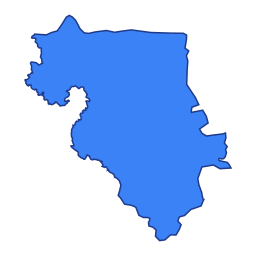 outline of Kolokani, Koulikoro, Mali
{"feature_id": "8926073B69551700582235", "entity_name": "Kolokani", "entity_type": "district", "adm_level": 2, "iso_a3": "MLI", "parent_name": "Mali", "parent_adm1": "Koulikoro", "projection": "mercator", "projection_center": [-8.433, 13.688], "detail": "fine", "context": "isolated", "style": "filled", "palette": "blue", "viewbox_px": 256, "rotation_deg": 0, "n_neighbors": 0, "source": "geoboundaries", "source_scale": "gbopen_adm2", "svg_char_len": 4375}
<svg xmlns="http://www.w3.org/2000/svg" viewBox="0 0 256 256"><path d="M34.7,34.1L34.0,35.0L32.4,36.2L32.2,36.3L31.9,36.8L31.6,37.6L31.7,37.9L32.2,38.1L33.8,38.2L35.1,38.1L35.8,38.7L35.6,40.8L35.2,41.8L36.9,43.3L37.7,44.7L37.6,46.3L39.1,47.9L41.1,48.0L41.4,48.6L41.1,50.3L41.4,51.6L41.4,53.1L41.3,53.8L40.5,56.9L41.3,58.5L41.7,59.4L42.0,62.4L42.6,63.2L41.7,63.6L40.7,64.0L39.7,64.8L39.4,65.0L38.8,65.0L38.7,65.0L37.8,63.9L36.0,62.7L34.6,62.4L31.6,62.0L31.3,62.2L30.8,62.4L30.5,63.4L31.2,64.9L31.5,65.7L31.6,67.9L31.4,69.3L32.5,72.3L32.5,72.8L32.3,73.2L31.6,73.0L31.3,72.9L31.1,73.1L30.0,74.4L29.4,74.7L28.7,74.7L28.2,74.7L28.1,74.8L27.8,75.2L27.9,75.7L29.6,77.1L27.6,79.3L26.9,79.7L26.2,79.7L25.3,79.6L25.2,79.7L25.0,80.1L25.3,80.9L26.0,81.6L25.8,83.3L26.3,83.7L27.4,85.5L28.0,85.5L29.1,86.2L28.6,85.3L28.6,85.1L29.2,84.8L30.3,85.2L30.9,85.0L31.3,87.7L32.2,88.6L34.0,89.6L34.9,90.0L35.2,89.8L35.9,89.1L36.7,89.6L36.8,91.3L37.3,92.4L38.1,92.6L38.5,93.9L37.9,94.7L38.3,95.0L39.0,95.3L40.7,94.9L41.5,94.2L42.4,93.6L42.1,92.8L42.6,92.5L42.7,92.4L43.3,92.3L43.7,92.6L43.7,93.4L42.5,94.7L42.3,95.5L43.2,95.6L44.0,96.7L44.3,97.9L43.8,98.8L44.4,99.5L44.8,100.0L46.5,99.7L47.4,99.9L47.6,100.6L48.1,100.9L48.3,103.5L49.2,103.4L49.2,104.3L50.3,104.0L51.2,104.5L51.6,104.7L53.4,104.0L54.8,103.2L55.5,102.5L55.3,102.2L55.9,102.1L56.3,102.1L57.1,103.0L57.8,103.7L59.4,104.9L60.1,106.0L62.0,105.6L62.8,105.5L64.7,105.4L65.7,104.1L67.1,103.3L67.1,102.3L69.1,101.2L69.1,100.6L68.2,100.1L67.7,100.5L66.7,101.1L65.0,101.4L64.6,101.2L65.0,98.6L65.5,98.0L67.1,97.2L68.4,96.5L69.4,94.5L69.0,93.7L69.0,92.6L67.1,91.7L66.5,91.1L67.1,90.6L68.9,90.2L70.0,89.4L70.9,87.4L71.8,86.5L73.6,86.6L75.1,85.9L76.1,86.3L77.8,87.8L78.1,88.0L78.9,88.6L81.4,86.9L82.1,87.0L82.3,87.0L83.0,87.0L83.7,87.9L83.9,89.1L84.1,90.1L84.7,91.1L85.6,91.6L86.6,93.9L87.3,94.2L86.5,95.9L86.1,97.2L86.6,97.6L87.8,97.9L89.2,99.1L90.0,100.4L89.4,101.1L89.3,101.6L88.4,101.2L88.2,101.0L86.6,100.9L86.0,101.2L86.7,103.0L87.1,105.0L87.8,106.5L87.0,108.4L85.6,108.0L85.4,109.2L85.8,110.3L85.0,110.5L83.6,110.1L82.9,110.9L82.5,111.4L83.2,112.6L82.3,113.3L80.9,113.2L80.4,113.8L80.2,114.6L80.2,115.5L81.0,116.3L81.1,119.2L80.7,119.9L79.6,119.7L78.7,119.6L79.1,120.3L78.3,121.1L77.2,121.3L76.7,121.1L75.9,122.0L75.3,122.8L75.1,124.4L74.1,125.6L73.0,125.2L73.1,126.8L72.4,128.0L71.5,130.3L71.7,131.8L71.3,133.4L71.6,137.0L72.5,138.0L72.4,140.0L72.4,140.6L72.2,140.6L73.0,143.0L73.8,144.6L73.7,145.8L72.7,145.8L71.0,145.9L71.2,146.6L72.0,147.5L76.1,150.7L77.7,151.4L78.4,153.3L78.1,154.9L79.1,156.3L80.2,156.9L80.8,157.6L83.1,158.5L83.5,158.9L83.8,159.3L84.9,159.1L85.9,157.7L86.0,156.9L86.6,156.5L86.9,155.2L87.6,155.0L88.7,156.0L89.6,156.0L89.7,157.2L90.7,159.0L90.8,159.2L92.4,159.9L94.0,159.2L94.9,159.5L95.5,159.5L96.3,159.4L97.5,160.2L99.0,160.1L99.6,160.6L100.0,161.0L100.3,161.4L100.6,161.3L101.4,161.2L102.0,161.5L101.3,162.1L101.1,162.2L101.2,162.3L102.4,163.8L103.1,165.0L102.7,165.6L102.1,166.4L104.7,167.4L105.4,166.7L106.4,167.0L107.6,169.2L107.4,170.2L108.4,169.7L108.7,170.5L109.0,171.5L110.8,172.7L111.8,173.0L112.6,173.6L113.0,173.8L114.3,175.2L114.5,176.5L114.6,177.3L116.3,177.8L118.6,179.9L119.5,181.2L120.9,185.2L119.8,190.1L118.2,195.5L120.4,197.8L124.6,204.2L131.1,205.2L135.8,207.2L138.9,215.3L143.4,217.5L147.4,217.5L149.7,218.1L149.6,220.4L148.5,222.3L148.9,226.0L153.0,227.2L156.1,230.0L155.5,236.3L159.6,240.6L164.9,239.9L170.6,234.8L176.0,235.0L179.2,229.6L181.1,224.8L177.8,220.9L179.4,216.9L184.6,215.5L190.8,209.5L201.1,205.9L203.3,200.5L203.9,199.4L203.5,199.2L203.0,198.9L202.1,195.2L201.7,192.6L198.9,184.8L197.8,178.6L201.9,167.0L213.4,165.0L220.0,168.7L231.0,168.0L229.4,165.1L227.4,162.4L223.1,161.5L219.2,160.5L218.7,159.5L219.1,158.5L220.2,158.4L221.6,159.0L222.3,158.8L223.6,158.7L225.2,156.9L226.5,152.5L225.5,149.6L227.2,146.7L225.6,144.6L224.4,142.9L225.9,138.1L225.5,133.0L222.9,133.9L212.4,135.2L206.5,136.0L202.0,133.3L199.5,129.0L208.1,123.0L206.3,116.3L202.7,110.2L191.5,112.4L191.3,110.7L191.9,107.3L198.8,104.7L195.4,97.6L186.7,84.5L187.1,71.2L187.2,68.8L187.8,61.0L186.4,55.7L188.7,50.9L185.0,48.2L186.5,38.8L186.6,35.1L183.4,33.3L170.3,33.1L150.8,32.5L131.3,29.9L121.4,31.2L114.6,32.3L106.4,30.5L95.5,31.9L88.7,33.4L84.3,32.9L80.2,29.0L75.7,20.5L72.5,17.1L69.3,15.4L66.3,17.2L62.3,23.7L57.3,30.9L51.3,32.6L46.4,34.9L34.7,34.1Z" fill="#3b82f6" stroke="#1e3a8a" stroke-width="1.5"/></svg>